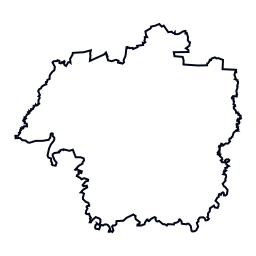 Pénjamo, Guanajuato, Mexico
{"feature_id": "50627088B98341179464561", "entity_name": "Pénjamo", "entity_type": "district", "adm_level": 2, "iso_a3": "MEX", "parent_name": "Mexico", "parent_adm1": "Guanajuato", "projection": "mercator", "projection_center": [-101.833, 20.405], "detail": "fine", "context": "isolated", "style": "outline", "palette": "ink", "viewbox_px": 256, "rotation_deg": 0, "n_neighbors": 0, "source": "geoboundaries", "source_scale": "gbopen_adm2", "svg_char_len": 5767}
<svg xmlns="http://www.w3.org/2000/svg" viewBox="0 0 256 256"><path d="M72.8,52.9L72.6,54.5L70.1,58.9L70.5,62.8L69.5,62.0L68.3,62.3L66.0,66.0L64.6,65.0L64.0,63.8L64.6,61.5L64.3,61.1L62.5,62.7L61.6,61.5L61.8,62.8L60.8,63.4L59.4,63.0L59.4,60.9L57.5,60.2L57.0,61.1L53.8,61.2L52.5,62.4L54.9,66.9L54.3,70.3L52.6,71.5L50.4,74.3L49.7,75.7L49.6,78.9L47.4,79.9L46.9,82.2L46.0,82.1L45.8,83.7L46.2,84.4L44.2,85.0L41.8,86.6L40.9,88.4L39.1,89.3L38.2,91.1L39.9,95.0L38.6,96.3L39.3,96.7L39.7,98.0L38.5,100.0L38.5,102.8L39.1,103.6L38.2,104.0L38.3,104.5L37.5,105.2L36.6,105.4L35.8,104.6L35.6,105.6L33.6,105.8L33.8,107.6L32.8,108.3L33.0,109.0L32.0,109.5L31.1,109.2L30.9,110.6L29.9,111.7L29.2,111.1L29.2,112.0L28.3,112.2L29.0,113.0L28.3,113.2L28.4,113.8L26.9,114.5L25.7,117.1L24.5,117.2L24.6,118.3L25.7,118.7L24.0,120.0L23.6,119.7L23.2,120.7L23.7,121.3L24.9,121.5L24.7,123.3L26.8,123.7L27.0,126.4L24.1,126.2L23.7,127.4L22.6,127.3L23.1,128.3L22.7,128.7L20.9,128.3L20.9,129.9L20.4,129.8L20.0,131.2L20.2,132.4L19.1,132.8L19.7,133.5L18.0,135.9L15.4,135.8L15.6,138.2L19.9,138.0L22.4,140.2L25.7,140.6L27.7,142.4L29.7,142.7L35.6,140.9L42.4,140.9L48.7,139.8L50.3,137.4L50.7,133.8L51.6,133.3L52.7,133.6L52.7,136.0L54.3,137.7L54.3,139.4L53.7,140.9L50.8,144.6L49.1,148.4L47.5,155.6L48.4,157.5L51.1,158.5L51.1,161.3L52.2,163.1L51.8,164.5L52.7,165.2L55.6,165.7L56.6,162.7L54.6,160.2L52.6,155.6L52.7,154.3L54.4,153.0L59.1,152.4L58.8,150.7L59.3,151.4L60.2,151.1L60.5,150.0L63.4,149.4L63.5,150.0L64.6,149.6L69.5,150.8L72.8,149.7L75.7,157.2L80.7,157.3L83.7,158.4L84.0,160.4L82.5,162.6L82.5,163.7L78.7,165.8L75.2,169.7L75.7,169.9L77.0,169.0L78.1,170.0L81.8,171.3L81.3,173.0L78.5,172.3L78.7,174.3L77.2,175.0L76.8,176.1L80.2,177.9L81.5,179.3L84.2,178.2L88.2,179.6L87.9,181.0L85.7,181.4L82.6,185.1L83.4,186.2L86.8,185.7L87.2,187.4L83.2,189.7L80.8,192.4L82.3,192.5L84.0,193.7L82.9,197.4L82.9,199.0L85.8,201.8L88.3,202.8L89.2,204.9L89.2,205.8L87.1,206.0L86.5,206.9L87.5,208.5L86.2,210.8L85.8,213.4L87.0,214.2L89.1,213.8L89.7,216.0L91.0,217.9L90.0,218.5L90.5,220.2L89.7,222.3L90.8,222.4L91.9,220.5L95.7,217.1L99.4,218.5L100.4,219.6L100.5,221.6L99.5,224.7L98.6,224.7L96.7,223.2L96.8,224.4L95.6,225.0L95.0,227.5L95.7,228.7L99.2,229.3L100.1,226.3L101.6,224.9L103.1,225.5L104.4,224.5L106.3,224.4L107.9,225.1L109.5,227.1L110.1,229.2L109.1,230.3L108.7,231.7L109.4,231.9L111.0,231.1L112.3,232.0L113.4,230.5L112.1,226.4L112.8,225.5L115.0,225.4L116.3,224.3L116.5,221.1L123.4,220.7L126.4,217.9L133.4,214.5L135.6,216.1L135.2,217.0L135.8,219.2L139.8,222.2L139.5,223.7L137.5,224.5L137.4,225.5L141.1,225.5L144.5,224.3L145.0,222.5L146.9,219.5L147.6,219.5L148.3,221.0L148.9,221.2L151.3,218.7L154.6,217.1L155.8,217.8L155.5,219.5L156.5,221.2L157.4,221.5L159.0,220.9L163.0,224.2L164.6,224.2L166.8,225.5L167.8,224.1L173.9,224.5L174.3,223.1L176.7,222.6L178.8,221.3L179.2,219.5L179.7,219.3L181.5,221.3L181.8,223.7L186.4,224.3L187.4,223.6L188.7,223.8L190.8,226.1L191.5,230.6L192.2,231.4L194.4,231.3L196.3,230.2L198.1,226.6L196.8,222.9L198.5,221.3L198.2,219.9L199.3,218.1L200.0,217.5L203.3,217.3L204.6,218.1L205.5,220.4L207.6,220.1L208.9,218.8L207.3,217.1L208.1,215.9L208.0,213.4L209.8,211.2L209.9,208.4L213.9,205.6L214.8,207.4L217.6,207.9L218.5,206.0L218.6,203.8L215.5,200.8L217.4,197.6L218.8,196.8L218.7,195.0L219.3,194.0L220.9,194.9L221.7,193.0L222.9,192.3L223.8,193.1L224.0,195.4L225.6,195.4L226.9,194.3L227.6,190.0L225.4,187.2L223.9,186.2L222.7,183.8L225.6,180.5L225.2,179.2L226.2,176.9L225.8,174.8L223.3,174.2L224.5,173.0L223.7,172.0L224.1,171.0L224.6,171.4L226.2,170.6L225.3,169.8L225.3,167.9L227.0,167.7L227.1,166.9L228.8,166.1L226.4,164.5L226.0,162.7L228.8,161.4L229.3,160.2L228.3,159.3L226.0,159.6L225.0,160.6L225.5,162.4L222.1,162.2L220.8,160.4L222.3,159.6L222.1,158.2L219.9,156.1L220.3,154.8L219.0,155.0L217.7,154.3L218.2,152.9L219.6,152.9L219.5,151.7L218.3,151.8L219.8,149.8L219.4,149.1L219.9,147.9L219.4,147.6L219.6,146.7L219.0,146.6L219.3,145.8L221.2,145.8L220.8,145.1L221.3,143.7L222.6,144.3L223.4,145.3L225.6,143.5L228.1,143.5L230.0,141.5L229.2,140.4L229.6,138.6L230.9,138.4L231.6,137.1L232.4,136.8L233.5,133.0L235.5,131.0L237.7,130.8L236.7,130.1L238.3,129.2L237.8,128.3L238.1,127.2L236.9,127.0L237.4,125.2L236.6,125.0L236.7,124.1L237.8,124.4L238.0,123.6L239.1,123.4L239.4,122.4L238.2,120.9L237.3,121.1L237.2,120.4L238.5,120.4L237.9,119.5L238.1,119.0L238.8,119.5L240.4,118.7L239.9,118.4L240.6,117.9L240.0,117.3L240.6,116.7L240.6,115.5L238.5,114.9L238.8,113.7L237.7,113.5L237.7,112.5L236.2,112.8L235.9,110.9L233.9,108.5L233.7,107.0L235.2,106.2L235.0,105.1L233.5,104.4L234.1,101.4L233.3,100.8L233.7,98.4L232.9,98.0L232.1,98.4L231.8,97.7L233.1,96.1L236.7,96.4L236.5,94.8L237.1,94.6L236.3,91.0L237.5,87.7L237.2,86.8L237.6,86.3L237.3,85.1L238.0,83.5L238.0,81.7L237.4,81.3L237.5,80.2L234.9,79.2L235.7,78.3L234.4,74.9L235.2,72.0L236.2,72.2L236.1,69.8L222.6,69.2L223.0,59.9L218.5,58.2L216.6,58.4L214.9,57.4L211.5,58.6L211.1,60.1L209.8,59.9L209.6,60.9L208.1,63.1L207.2,63.5L207.1,65.3L198.1,65.5L183.5,64.5L183.6,60.3L182.7,56.9L174.5,56.2L173.8,52.2L188.5,52.0L188.4,50.0L185.9,48.3L189.3,45.8L190.0,42.3L188.9,41.9L187.8,40.1L188.0,37.4L186.7,32.9L185.5,33.4L185.4,30.9L183.3,31.3L179.2,33.7L177.3,34.2L174.9,34.0L174.8,32.3L174.1,33.2L172.5,32.7L171.7,31.7L168.3,32.2L163.7,25.6L161.8,26.6L159.3,24.0L155.0,25.8L151.0,26.6L150.7,28.3L145.4,31.4L146.1,35.3L147.1,37.1L144.8,37.1L144.9,39.2L144.4,40.5L145.3,42.3L144.2,43.0L142.8,42.7L143.1,45.0L137.2,45.8L137.6,47.1L133.1,49.0L132.7,47.9L129.5,48.2L128.7,47.5L126.8,48.4L127.0,47.1L126.5,47.2L125.5,55.9L123.6,60.2L124.0,62.2L122.6,63.6L120.4,62.7L120.3,63.2L118.0,62.6L118.5,60.7L115.8,59.8L111.8,61.2L108.1,60.3L106.7,55.8L107.3,55.9L106.0,52.5L104.0,54.5L89.9,60.9L90.5,55.2L90.1,54.1L90.8,50.3L83.8,52.2L72.8,52.9Z" fill="none" stroke="#020617" stroke-width="2"/></svg>